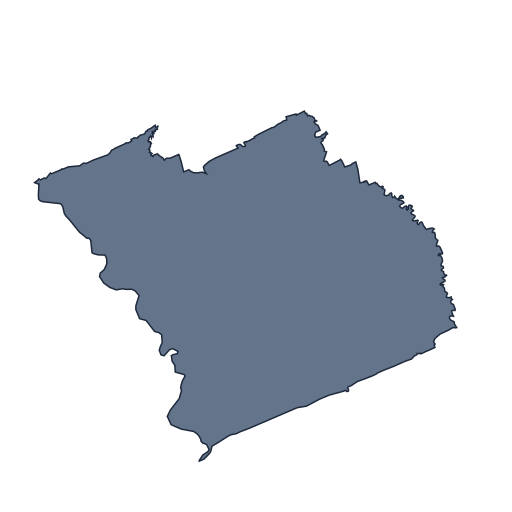 Kota Tangerang Selatan, Banten, Indonesia (Mercator projection), rotated 335°
{"feature_id": "22746128B62533997811788", "entity_name": "Kota Tangerang Selatan", "entity_type": "district", "adm_level": 2, "iso_a3": "IDN", "parent_name": "Indonesia", "parent_adm1": "Banten", "projection": "mercator", "projection_center": [106.733, -6.296], "detail": "fine", "context": "isolated", "style": "filled", "palette": "slate", "viewbox_px": 512, "rotation_deg": 335, "n_neighbors": 0, "source": "geoboundaries", "source_scale": "gbopen_adm2", "svg_char_len": 6107}
<svg xmlns="http://www.w3.org/2000/svg" viewBox="0 0 512 512"><g transform="rotate(335 256 256)"><path d="M284.2,413.6L287.8,413.7L294.5,412.6L310.4,413.8L314.9,413.8L316.5,413.4L323.2,413.5L334.6,414.2L346.1,414.4L353.3,415.1L357.2,413.5L360.0,413.5L360.9,412.4L362.1,413.3L363.7,413.4L363.8,414.2L364.7,414.4L368.6,414.4L369.2,414.2L372.3,414.5L379.5,414.5L379.9,412.0L381.1,411.5L380.6,408.8L382.7,407.1L383.0,406.5L383.9,406.2L390.1,404.5L398.6,404.6L404.3,404.1L406.1,405.3L407.6,405.7L407.1,401.5L407.8,399.5L407.3,398.6L405.8,397.1L405.2,395.5L405.1,393.9L405.6,393.0L407.2,392.5L409.5,394.1L409.5,391.1L410.1,388.5L411.2,388.3L413.3,389.5L414.1,388.5L414.4,383.4L413.1,381.8L412.9,380.3L413.6,379.0L415.7,378.3L414.9,377.1L415.6,375.7L412.9,375.2L411.2,373.8L412.0,372.3L413.7,370.9L413.5,369.6L412.1,368.0L413.2,364.7L412.4,362.4L413.9,361.2L413.2,360.5L411.1,360.5L410.8,359.6L411.9,358.9L416.6,358.7L417.1,357.7L415.9,355.8L415.7,354.5L418.5,354.8L420.6,354.0L420.3,353.5L419.0,353.1L418.9,350.8L419.4,349.4L417.8,347.3L418.7,346.5L420.6,346.2L421.1,345.7L421.1,344.3L419.7,343.3L419.8,342.4L420.5,341.4L422.6,339.9L423.3,338.4L423.7,336.2L423.4,333.4L423.2,333.1L421.6,332.9L421.5,332.3L422.4,331.5L423.3,331.3L425.3,332.8L426.0,332.7L426.4,332.0L426.5,325.6L425.7,324.0L424.2,323.7L423.7,323.2L424.4,322.0L427.4,318.7L426.3,316.4L426.2,314.9L427.3,312.9L427.8,310.6L427.5,309.9L426.0,309.3L425.8,309.0L426.9,307.7L429.0,306.8L427.8,305.3L424.9,304.3L421.6,303.9L420.6,299.0L420.8,295.7L420.3,295.1L419.3,294.9L418.1,295.2L417.0,296.2L416.4,296.2L415.9,295.2L415.8,294.4L417.9,292.3L417.3,291.7L414.0,291.0L413.0,290.2L413.1,289.3L416.4,287.9L417.0,287.1L416.9,286.3L415.0,284.0L414.5,282.6L414.9,282.2L416.1,281.7L417.9,281.6L417.9,280.9L416.7,279.1L416.6,278.2L418.5,277.3L418.6,276.6L417.3,275.0L415.8,274.7L415.0,275.5L413.7,278.0L412.7,278.3L412.1,278.0L412.0,277.4L413.4,275.3L413.4,274.3L412.1,273.9L409.0,274.6L408.2,274.1L407.1,271.8L407.4,271.3L408.5,270.7L412.6,270.3L412.5,269.0L411.2,266.9L408.8,265.6L408.7,265.2L410.6,264.6L414.1,265.6L414.5,264.5L414.1,263.2L413.5,262.5L412.2,262.5L409.0,264.3L408.2,264.4L407.3,262.9L406.9,260.3L405.7,261.2L404.6,260.8L404.5,258.7L405.4,257.0L405.2,256.0L403.9,255.9L402.1,256.8L400.0,256.6L398.8,255.7L398.2,254.9L398.2,254.2L400.8,250.6L400.5,249.8L399.0,248.1L400.5,247.2L400.5,246.7L400.0,246.2L398.6,246.1L397.9,245.8L396.7,243.7L396.3,241.2L395.3,241.2L395.2,239.6L388.3,239.3L388.0,234.7L386.5,234.9L386.6,234.2L385.1,234.1L384.9,234.6L381.1,233.6L384.9,220.7L386.2,212.9L382.4,212.9L380.4,213.6L374.1,212.8L374.0,205.7L373.5,204.1L372.9,204.4L360.6,204.9L360.3,200.5L359.5,199.5L358.5,199.6L357.5,198.3L364.0,191.4L362.2,189.7L362.5,188.9L363.1,188.2L363.2,185.0L362.8,184.7L363.3,183.3L362.6,181.4L362.8,180.6L363.8,180.0L365.1,179.9L366.1,179.2L365.3,177.5L368.2,178.1L370.4,175.9L372.5,175.5L372.0,173.1L369.6,174.1L367.1,174.1L365.5,174.9L363.5,174.7L360.2,173.6L360.4,172.5L359.9,172.1L360.1,171.4L362.4,169.0L367.3,169.1L367.4,163.9L365.6,161.2L365.2,159.9L365.6,159.3L368.1,159.2L367.9,158.7L366.2,158.3L366.8,157.9L367.0,155.2L366.3,154.4L366.0,153.3L364.3,152.1L363.5,150.8L361.8,150.7L362.2,148.1L361.1,147.7L361.0,145.1L352.1,145.4L352.3,144.2L342.1,142.5L341.4,145.7L337.7,145.2L335.4,145.8L331.6,145.8L326.9,146.9L324.2,146.4L309.2,146.8L304.7,147.3L304.6,148.5L302.2,148.3L299.9,148.5L299.7,148.8L297.8,148.5L295.5,148.7L295.4,148.0L294.0,147.8L292.9,148.1L293.1,151.2L292.6,152.0L290.4,151.4L289.1,148.5L288.0,147.8L286.2,147.5L284.7,147.7L285.3,150.6L261.2,150.0L254.0,150.4L247.6,152.1L245.9,153.2L245.2,157.2L245.8,160.3L242.7,157.3L237.6,155.7L234.6,154.1L232.4,151.3L231.8,149.5L226.0,149.2L228.0,139.2L229.0,131.8L228.5,131.8L228.6,131.3L219.3,131.0L216.6,129.7L215.5,129.6L213.4,130.5L213.0,127.7L211.2,124.9L209.8,121.7L205.7,121.4L204.7,122.2L204.4,122.1L204.3,121.0L203.3,120.6L203.8,119.2L205.0,119.1L204.0,117.4L203.2,117.0L204.1,116.1L204.6,115.0L204.4,114.5L203.8,114.0L204.6,113.3L206.5,112.3L207.1,111.0L207.9,110.1L208.6,110.0L208.1,108.6L208.7,108.5L208.5,108.1L208.1,107.5L207.2,107.5L207.4,106.9L206.7,106.0L208.4,105.1L209.0,103.6L211.2,102.7L211.1,105.0L212.0,103.7L212.7,103.6L213.2,104.4L214.0,102.1L213.8,101.7L215.2,102.0L215.5,101.5L214.6,100.5L214.5,99.4L217.4,100.5L218.1,98.8L219.5,99.5L220.3,99.4L220.5,97.9L221.8,97.3L221.9,96.9L220.4,97.4L219.7,96.9L219.4,96.4L220.0,95.0L219.0,95.0L215.2,95.8L211.2,95.9L210.3,96.9L209.7,96.5L208.8,96.5L206.8,98.3L201.6,97.6L200.1,98.3L199.3,98.2L198.2,99.0L195.4,97.3L193.6,97.7L192.0,97.5L191.7,99.3L188.2,99.5L185.7,98.5L184.9,98.9L173.3,98.8L172.4,99.1L169.7,99.1L167.6,100.6L164.6,101.7L149.1,100.3L141.2,100.4L140.0,99.4L138.5,98.9L134.5,99.8L123.6,95.9L118.0,95.7L116.7,95.0L116.4,95.4L106.1,95.1L105.4,95.0L104.7,93.9L98.7,96.9L98.2,96.9L97.2,95.8L92.8,95.9L91.8,94.3L91.2,94.8L86.3,95.9L89.0,98.7L89.7,99.0L84.3,109.2L83.0,112.8L83.8,114.8L85.3,116.4L100.8,125.9L101.4,126.9L101.7,129.8L100.3,136.2L100.5,139.1L102.5,145.2L106.0,159.6L110.2,168.4L112.0,169.1L112.8,172.0L108.8,183.7L109.6,185.0L113.4,188.3L119.6,191.4L119.5,195.4L117.5,200.0L112.8,204.1L107.6,205.7L105.5,208.5L106.6,216.1L110.2,222.7L115.0,227.6L121.1,229.3L124.6,231.6L129.2,233.5L131.7,236.5L133.3,242.4L126.2,250.2L124.5,253.7L124.0,263.6L129.2,268.0L132.2,281.6L135.5,284.3L137.2,287.4L134.4,294.9L131.1,297.6L128.5,300.5L128.1,305.4L130.5,307.6L138.1,304.3L141.4,304.8L144.9,309.4L143.5,311.3L139.3,310.4L137.2,310.5L135.5,315.9L136.2,320.7L133.8,327.1L140.9,333.2L140.8,334.9L136.6,338.0L133.6,341.3L132.0,343.7L131.6,346.5L126.1,352.8L113.2,359.5L107.8,363.9L107.8,373.1L115.1,381.3L125.4,388.7L127.3,392.0L128.2,394.7L128.5,398.7L127.9,400.6L128.5,402.8L131.6,405.9L131.7,411.4L129.9,412.9L123.7,413.9L118.3,417.2L117.9,417.9L123.0,418.1L130.2,415.4L132.5,413.9L135.8,409.7L142.6,409.1L154.4,407.5L158.3,407.5L163.0,408.7L167.2,408.6L176.9,409.3L227.0,410.8L229.7,411.0L238.2,413.4L252.9,412.6L263.4,413.0L278.5,415.6L280.3,415.5L280.9,417.1L282.3,417.6L282.9,417.3L283.5,415.8L283.3,414.2L284.2,413.6Z" fill="#64748b" stroke="#1e293b" stroke-width="1.5"/></g></svg>